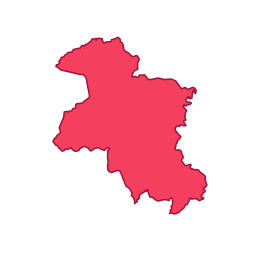 Katanda, Kasaï-Oriental, Democratic Republic of the Congo (orthographic projection), rotated 164°
{"feature_id": "63176286B83227238071318", "entity_name": "Katanda", "entity_type": "district", "adm_level": 2, "iso_a3": "COD", "parent_name": "Democratic Republic of the Congo", "parent_adm1": "Kasaï-Oriental", "projection": "orthographic", "projection_center": [23.871, -6.077], "detail": "fine", "context": "isolated", "style": "filled", "palette": "rose", "viewbox_px": 256, "rotation_deg": 164, "n_neighbors": 0, "source": "geoboundaries", "source_scale": "gbopen_adm2", "svg_char_len": 4730}
<svg xmlns="http://www.w3.org/2000/svg" viewBox="0 0 256 256"><g transform="rotate(164 128 128)"><path d="M142.4,53.7L139.4,54.7L138.9,56.8L137.3,56.7L136.2,57.9L136.2,58.9L134.6,60.8L132.9,61.4L130.4,61.7L129.3,63.1L127.9,62.1L127.1,63.2L126.0,63.0L126.4,62.1L126.0,55.7L123.8,54.7L120.6,50.4L118.4,49.4L113.9,49.3L111.3,48.6L108.4,47.0L108.1,48.0L106.8,48.5L106.2,48.8L105.5,49.0L105.3,48.4L105.2,47.8L105.0,47.1L105.2,46.4L105.3,45.6L105.5,44.8L105.7,44.0L105.9,43.1L106.3,42.5L107.3,41.1L107.7,41.0L108.1,40.8L108.1,40.1L108.2,39.3L108.2,38.6L109.1,37.7L109.6,37.6L110.0,37.5L110.2,35.9L110.8,35.2L111.4,34.4L110.0,34.4L107.1,32.6L104.4,32.6L103.6,32.8L101.3,33.3L99.7,34.4L96.8,35.4L93.7,38.3L92.2,38.1L91.8,38.9L89.7,40.6L88.0,43.4L87.0,43.1L86.4,42.0L83.8,41.9L81.1,40.5L80.2,39.2L79.8,38.6L78.9,38.4L77.9,39.0L75.4,38.9L74.7,39.6L74.7,40.0L74.8,40.3L76.3,41.3L76.5,42.0L75.7,43.5L74.6,43.4L74.0,44.7L71.5,45.5L71.1,46.2L71.3,47.1L72.5,48.7L72.2,49.4L70.5,49.5L69.7,49.9L68.6,50.5L67.9,51.5L68.2,56.9L67.1,59.6L67.3,61.0L68.3,62.4L69.5,64.3L70.6,65.2L70.9,66.0L71.6,67.9L73.3,69.1L75.1,69.3L78.6,71.8L79.0,71.7L79.4,72.4L77.6,75.2L78.0,75.8L78.1,76.0L82.9,75.8L83.7,76.8L84.0,77.6L85.6,81.6L84.7,83.1L83.3,84.1L83.1,84.8L82.9,85.5L83.4,88.7L83.2,90.5L83.8,92.0L85.3,93.1L87.0,93.3L87.6,93.3L88.3,94.2L88.4,94.4L88.5,95.4L87.0,97.4L86.3,99.3L84.8,100.3L83.7,102.3L80.6,104.0L79.9,104.8L79.7,105.4L80.5,107.1L81.6,108.4L82.0,110.6L83.2,112.2L83.1,112.6L82.6,114.9L81.3,115.9L80.0,116.3L79.2,115.9L77.9,115.3L76.8,116.5L75.6,116.4L73.8,114.7L71.9,114.4L71.8,114.5L71.6,114.9L72.6,117.7L72.7,119.1L72.2,119.7L70.7,119.6L70.1,119.9L70.5,122.3L70.6,122.6L69.7,123.7L69.0,126.1L66.8,128.5L69.1,133.2L68.3,134.7L67.5,134.7L67.2,133.6L66.8,133.4L66.4,133.2L65.5,133.7L61.8,133.6L61.5,133.7L60.4,134.2L60.6,135.2L64.5,137.1L64.9,138.4L64.2,139.6L62.4,141.2L61.0,141.3L60.3,140.7L60.4,140.3L60.5,140.2L61.4,139.7L60.8,139.1L58.4,139.0L55.9,145.2L55.5,145.6L54.8,145.2L54.3,143.2L53.8,142.7L53.0,143.1L52.2,145.1L52.3,146.0L54.0,146.3L52.7,147.0L52.8,147.8L54.8,149.3L58.5,148.7L59.7,148.8L60.2,148.8L61.3,150.5L61.7,151.1L65.7,151.1L66.7,153.3L69.1,160.0L73.0,163.2L79.5,164.5L85.1,167.7L93.1,168.4L94.8,169.1L95.3,169.4L97.3,174.4L102.4,175.7L104.4,174.0L105.3,174.1L106.8,175.7L109.2,175.6L109.9,176.6L107.9,179.8L107.7,180.0L106.0,181.2L102.5,181.8L100.9,187.7L98.2,190.9L99.0,194.5L100.2,195.4L102.3,195.1L103.6,195.4L104.8,196.4L106.7,199.8L109.9,203.2L110.2,204.3L110.3,204.9L109.8,209.5L110.0,211.3L111.6,213.1L111.0,215.2L111.7,216.7L112.6,217.8L113.4,218.1L115.3,217.3L116.0,217.3L119.5,217.4L120.8,215.7L125.0,216.7L127.4,216.2L127.5,216.3L127.9,216.7L128.7,219.6L128.2,220.6L128.1,220.8L129.6,221.3L130.9,222.3L132.7,222.3L133.8,222.9L133.7,221.8L134.1,221.3L136.0,222.9L137.4,223.4L138.1,223.3L139.8,221.7L144.7,219.8L145.9,220.0L147.2,218.8L148.7,219.8L150.0,219.8L151.7,218.1L158.7,218.5L159.0,218.5L160.5,216.4L161.5,216.7L162.0,216.8L165.1,217.0L166.4,215.8L168.0,215.8L170.3,214.1L172.9,214.2L173.5,212.8L176.0,211.2L175.9,209.3L177.9,208.2L179.3,208.5L180.2,207.2L178.6,205.2L176.1,202.0L173.8,200.7L170.1,198.7L167.3,197.2L160.1,193.0L157.0,191.9L155.5,190.5L154.6,188.4L154.7,184.7L155.3,179.4L155.9,171.4L156.6,168.0L158.9,167.2L159.6,166.9L160.4,166.6L161.2,166.4L162.7,165.8L163.4,165.4L164.1,165.0L164.7,164.6L165.5,164.7L166.2,164.8L167.0,164.9L168.5,165.1L169.3,165.2L170.0,165.3L170.8,165.5L171.3,165.1L171.7,164.8L172.3,163.3L172.7,162.5L173.0,161.7L175.1,161.7L175.9,161.7L176.4,161.1L176.9,160.6L177.4,160.0L178.0,160.0L178.7,159.9L180.0,160.6L180.7,160.3L181.4,159.9L182.1,160.5L182.8,161.0L184.2,160.9L184.9,160.9L185.2,160.2L185.8,158.7L186.1,158.0L186.4,157.2L186.6,156.5L187.1,155.8L193.8,147.6L194.1,146.3L193.8,144.9L194.0,142.8L194.8,141.9L198.4,140.2L200.3,138.5L201.4,138.3L203.3,136.6L203.8,135.4L202.0,131.1L200.6,130.4L200.0,127.5L198.8,126.1L198.2,124.5L197.5,123.9L197.3,123.8L195.5,123.9L194.0,124.9L191.9,124.2L191.3,124.1L189.7,124.4L188.0,124.7L187.5,122.8L186.0,120.7L185.0,120.2L184.5,119.9L181.4,120.0L180.7,120.6L179.4,121.7L177.1,121.8L175.9,122.4L174.6,122.3L173.3,120.8L171.9,120.0L170.7,116.7L170.2,116.3L169.2,116.2L166.1,117.4L162.9,117.4L161.3,116.7L159.0,114.3L156.8,113.1L153.4,114.7L152.2,114.3L151.4,113.3L153.6,112.1L155.1,107.8L155.9,104.6L156.6,100.3L157.9,97.7L158.7,95.1L158.7,92.5L157.6,90.8L155.8,89.7L153.9,89.9L151.3,90.1L149.1,89.9L147.7,88.8L147.3,87.1L146.8,81.4L146.7,80.1L146.5,78.0L146.0,73.7L145.6,72.0L145.0,71.5L144.3,71.1L143.0,68.7L142.8,68.0L142.7,67.2L142.5,66.5L142.4,65.7L142.2,65.0L142.0,64.2L142.5,63.5L143.0,62.7L143.4,62.0L142.9,61.4L142.4,60.8L141.9,58.4L141.8,55.7L142.4,53.7Z" fill="#f43f5e" stroke="#9f1239" stroke-width="1.5"/></g></svg>